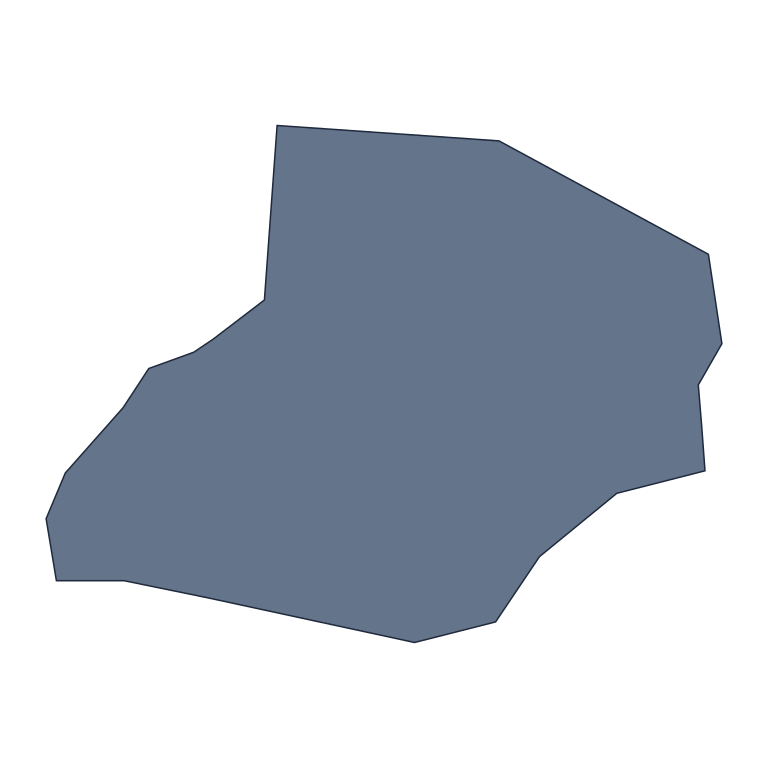 outline of Fria
{"feature_id": "GIN-5638", "entity_name": "Fria", "entity_type": "Prefecture", "adm_level": 1, "iso_a3": "GIN", "parent_name": "Guinea", "parent_adm1": "", "projection": "mercator", "projection_center": [-13.527, 10.477], "detail": "fine", "context": "isolated", "style": "filled", "palette": "slate", "viewbox_px": 768, "rotation_deg": 0, "n_neighbors": 0, "source": "natural_earth", "source_scale": "10m", "svg_char_len": 393}
<svg xmlns="http://www.w3.org/2000/svg" viewBox="0 0 768 768"><path d="M277.1,125.5L499.0,140.9L708.4,254.3L721.9,343.7L698.3,384.9L701.7,426.1L705.0,470.8L616.8,493.3L539.5,556.6L495.6,621.9L414.5,642.5L207.6,597.8L124.0,580.7L56.4,580.7L46.1,518.7L65.3,473.0L123.1,407.7L148.8,368.5L193.8,352.2L213.1,339.2L264.4,300.0L277.1,125.5Z" fill="#64748b" stroke="#1e293b" stroke-width="1.5"/></svg>